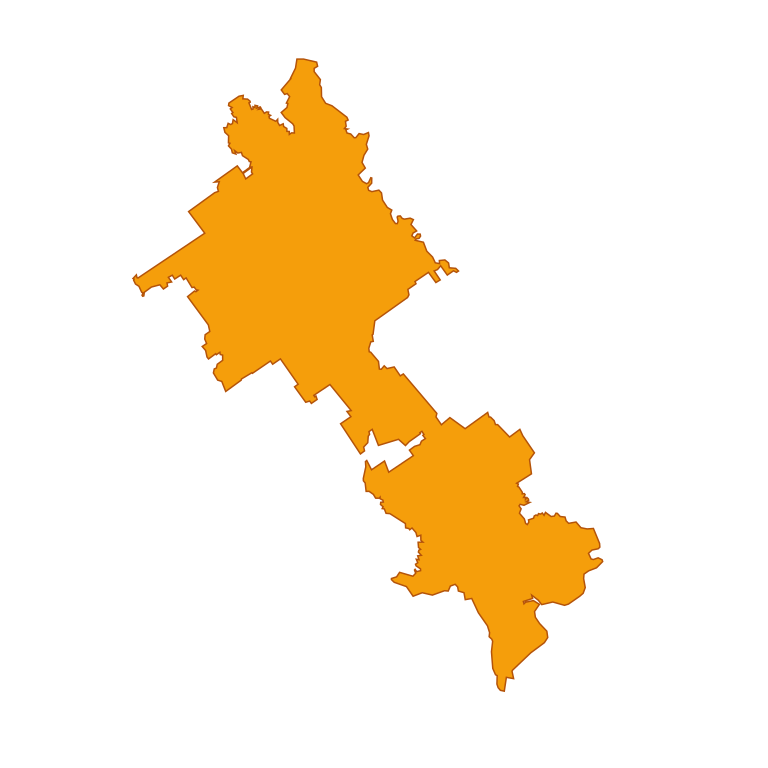 Kota Medan, Sumatera Utara, Indonesia (Robinson projection), rotated 143°
{"feature_id": "22746128B40654739963843", "entity_name": "Kota Medan", "entity_type": "district", "adm_level": 2, "iso_a3": "IDN", "parent_name": "Indonesia", "parent_adm1": "Sumatera Utara", "projection": "robinson", "projection_center": [98.666, 3.642], "detail": "fine", "context": "isolated", "style": "filled", "palette": "amber", "viewbox_px": 768, "rotation_deg": 143, "n_neighbors": 0, "source": "geoboundaries", "source_scale": "gbopen_adm2", "svg_char_len": 6139}
<svg xmlns="http://www.w3.org/2000/svg" viewBox="0 0 768 768"><g transform="rotate(143 384 384)"><path d="M452.1,118.9L451.5,115.3L452.1,113.1L459.3,105.5L468.3,91.4L469.9,84.7L469.1,83.0L474.4,76.4L475.6,72.8L475.4,69.3L472.8,66.3L462.8,76.1L457.8,70.7L454.6,77.6L453.5,78.1L428.6,81.0L411.6,80.9L405.8,83.0L402.7,88.6L403.9,99.1L403.5,106.6L400.7,111.7L392.5,114.5L395.0,121.1L402.2,124.5L404.5,124.2L403.6,126.5L394.4,123.3L393.1,126.5L390.9,118.5L390.8,112.9L380.4,108.3L373.0,98.6L369.1,97.2L355.4,96.7L350.9,97.0L345.8,100.3L341.7,108.4L338.7,111.8L332.9,111.6L324.9,109.3L316.2,110.6L315.6,112.4L317.6,116.3L322.4,117.8L323.9,119.6L322.6,125.7L317.8,126.2L312.1,123.5L309.8,123.8L307.8,126.9L303.7,142.6L309.0,146.0L313.2,150.7L313.7,158.2L320.4,161.6L320.9,165.1L319.5,168.8L323.0,172.1L323.4,176.3L324.4,177.3L327.4,176.0L330.3,177.6L332.3,184.3L335.2,182.8L335.2,185.7L337.3,185.9L338.6,187.5L340.5,186.5L341.4,187.9L343.4,188.2L345.3,186.8L350.4,188.5L351.5,186.5L354.2,185.5L354.8,187.4L353.1,191.8L353.6,199.3L349.6,201.8L349.5,205.4L347.7,206.0L345.2,202.9L338.8,201.7L341.2,204.3L338.4,204.1L337.9,205.3L338.2,207.3L340.5,206.7L339.3,208.4L340.8,209.4L337.9,210.7L337.9,212.0L339.7,213.1L338.7,214.3L338.3,220.6L339.0,221.8L336.9,223.2L337.8,224.9L320.3,223.5L313.3,236.0L305.3,238.5L304.3,259.2L302.8,266.0L315.6,266.1L317.7,283.2L319.4,284.5L318.1,288.4L318.8,293.4L320.0,294.5L318.3,298.9L346.1,299.5L351.6,317.5L362.7,316.9L362.3,326.4L359.5,328.7L362.5,380.4L366.1,380.7L365.6,391.5L372.3,394.5L372.9,398.4L377.3,397.4L378.7,398.7L374.8,405.4L375.5,417.4L376.4,418.6L374.6,421.7L369.2,425.6L366.9,424.5L363.9,430.3L362.8,430.3L353.3,440.0L313.1,438.9L310.4,440.2L308.0,445.2L298.1,444.8L297.6,447.2L281.3,446.4L281.5,433.8L276.5,433.3L275.9,444.1L272.4,443.2L267.6,444.3L267.9,432.9L260.4,432.6L258.9,429.5L256.5,429.4L257.1,433.2L261.9,437.5L259.6,441.8L260.7,446.4L265.5,449.3L267.2,446.7L270.1,449.9L268.8,456.1L269.9,464.3L267.2,473.5L272.6,480.0L271.1,480.6L268.4,479.2L265.8,480.1L264.9,481.9L267.0,483.6L271.7,482.3L272.6,485.6L269.9,487.1L265.8,486.6L266.5,495.1L261.6,497.6L263.3,500.7L268.5,503.4L269.8,505.3L269.8,508.4L271.9,509.7L273.0,509.4L274.8,505.5L276.9,504.1L278.3,505.2L278.3,510.3L276.4,516.1L273.1,518.2L275.1,523.0L274.5,531.7L271.0,538.1L271.4,541.9L277.9,544.9L279.7,547.9L278.6,550.8L273.0,551.8L269.8,555.9L270.4,556.7L275.2,554.1L277.4,554.5L279.3,558.8L278.8,566.5L269.0,567.7L268.2,574.2L262.4,578.7L255.6,581.4L253.9,586.0L246.6,591.2L245.1,594.2L250.1,595.5L253.2,599.0L258.2,597.7L259.6,598.6L260.1,603.7L262.5,606.7L261.5,609.9L259.6,609.5L261.9,611.8L259.1,612.6L256.7,617.0L253.8,616.4L253.1,619.4L258.1,637.5L261.7,643.3L261.0,651.0L255.6,658.5L255.3,661.7L251.6,665.4L251.8,675.5L249.8,678.1L245.8,677.7L244.1,681.6L252.7,691.9L258.0,695.9L264.6,689.5L275.5,684.0L273.9,684.1L289.1,680.7L289.1,675.1L286.5,674.2L286.4,670.3L292.9,667.1L292.0,665.9L295.1,663.2L302.7,662.7L302.7,656.3L300.3,646.7L300.6,644.1L304.5,638.4L306.7,640.2L309.4,640.3L307.7,642.7L309.5,644.2L307.8,646.6L309.2,650.0L307.9,652.5L311.8,653.3L311.4,656.9L309.6,659.4L312.3,658.9L315.6,665.2L314.9,666.8L312.9,666.8L314.1,668.9L312.5,670.6L314.1,672.0L316.7,672.2L316.4,677.6L318.7,678.8L316.1,679.0L316.1,679.8L319.5,680.9L317.6,682.2L319.3,684.2L320.7,682.5L321.8,684.3L323.1,682.4L324.5,682.9L322.7,689.8L321.2,689.6L320.8,690.6L321.5,693.6L325.1,696.7L322.7,699.2L326.6,701.1L338.8,701.7L340.6,699.9L338.9,696.2L341.2,696.2L341.3,691.7L342.9,691.7L343.1,687.7L341.4,685.8L344.0,681.0L345.4,685.9L348.3,683.2L350.3,683.5L351.6,686.0L355.3,683.4L357.7,685.1L359.6,680.7L358.7,675.8L363.1,670.2L362.2,669.0L364.9,667.8L364.5,663.3L366.0,659.9L363.9,656.8L362.8,660.2L361.8,656.5L358.5,654.8L359.6,651.5L357.2,645.0L357.7,642.7L356.5,641.5L360.8,638.0L358.8,636.8L362.3,633.0L362.5,630.9L371.0,631.0L369.8,636.9L359.0,636.8L360.9,637.8L369.9,637.9L369.9,646.5L397.8,647.2L393.8,644.7L398.8,641.2L400.3,637.5L404.1,638.7L436.3,639.3L436.4,612.3L516.6,616.7L517.3,617.5L516.1,620.2L521.0,619.3L520.5,618.1L521.5,617.5L522.3,613.4L520.9,609.5L522.3,603.2L521.6,601.9L523.9,600.4L523.9,599.3L522.8,598.9L520.2,601.5L511.4,601.4L503.3,598.1L503.0,592.6L497.9,592.4L496.5,595.3L492.2,593.3L492.0,599.0L487.6,598.3L488.0,593.8L480.9,593.3L481.2,587.9L478.2,587.8L479.3,576.6L477.3,575.6L477.3,572.3L476.1,570.9L478.7,570.9L479.4,572.3L488.3,572.0L488.7,537.0L491.5,530.8L497.2,531.0L500.1,527.8L501.3,523.1L506.6,523.4L506.3,518.1L509.1,512.1L509.1,509.6L500.2,509.5L500.3,508.3L496.0,508.1L497.0,506.1L495.5,504.2L498.6,500.0L505.3,500.1L508.3,497.6L510.5,498.2L513.6,495.5L514.5,487.2L512.0,483.7L514.9,473.3L495.8,473.0L494.7,473.8L482.7,472.5L482.6,471.7L460.9,470.7L461.0,466.8L451.6,466.4L452.7,435.5L457.1,435.6L457.5,416.5L453.6,415.1L453.7,412.2L446.7,411.9L445.6,415.4L447.0,415.4L446.9,417.2L427.5,416.1L426.2,382.5L430.1,384.4L430.1,377.8L442.6,378.4L444.9,342.3L439.8,342.3L438.2,345.9L432.3,346.9L428.0,351.8L425.8,352.5L424.7,355.0L420.7,354.9L425.4,338.3L405.7,331.1L403.9,321.9L398.6,322.8L384.8,322.4L384.7,323.5L382.2,323.4L382.5,319.6L383.9,319.6L383.8,315.5L388.5,315.8L391.8,313.9L397.1,315.8L403.5,315.9L403.7,309.1L433.3,310.7L429.9,322.2L445.6,323.0L443.8,333.3L445.5,333.2L448.4,328.8L457.4,321.0L458.7,319.1L458.6,316.3L462.9,309.0L460.5,307.2L458.9,302.2L459.4,297.9L456.6,295.7L455.2,296.0L456.1,294.6L454.8,291.9L455.6,290.1L457.8,291.5L459.3,289.9L458.6,286.5L460.4,285.6L458.9,284.0L460.2,279.5L457.3,276.9L450.9,259.7L453.3,256.1L451.1,253.6L451.2,252.1L448.3,252.1L447.9,246.2L449.4,242.3L445.6,241.1L448.6,237.0L448.1,234.3L452.0,237.1L454.8,232.7L454.3,229.9L456.1,230.3L457.7,229.1L457.3,224.7L460.5,226.5L461.8,222.6L463.7,224.6L464.6,220.9L467.3,221.1L467.8,219.5L466.1,214.4L467.1,212.9L470.8,214.5L470.7,217.3L471.6,217.1L472.6,213.8L476.6,213.1L484.9,224.2L490.0,222.4L495.1,224.2L495.8,223.3L495.2,219.5L488.0,208.7L488.5,197.0L479.1,194.3L472.4,186.3L460.1,182.5L457.3,180.0L452.6,182.7L447.7,181.2L447.3,177.6L449.2,173.9L445.7,169.2L448.9,162.9L443.0,159.9L446.3,144.5L446.9,128.6L449.3,121.9L452.1,118.9Z" fill="#f59e0b" stroke="#b45309" stroke-width="1.5"/></g></svg>